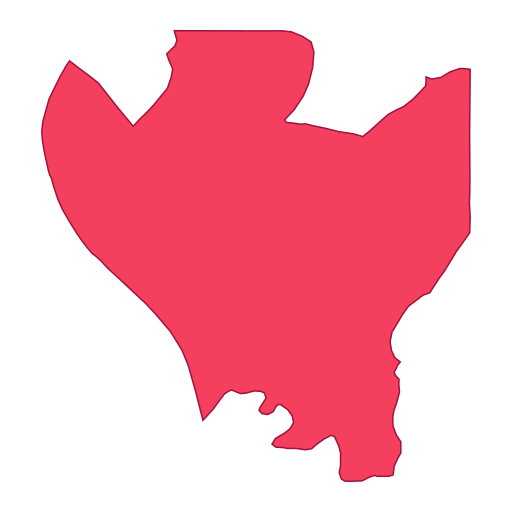 the district of Kracheh, Krâchéh, Cambodia
{"feature_id": "14789045B39299844966320", "entity_name": "Kracheh", "entity_type": "district", "adm_level": 2, "iso_a3": "KHM", "parent_name": "Cambodia", "parent_adm1": "Krâchéh", "projection": "mercator", "projection_center": [106.043, 12.483], "detail": "fine", "context": "isolated", "style": "filled", "palette": "rose", "viewbox_px": 512, "rotation_deg": 0, "n_neighbors": 0, "source": "geoboundaries", "source_scale": "gbopen_adm2", "svg_char_len": 2320}
<svg xmlns="http://www.w3.org/2000/svg" viewBox="0 0 512 512"><path d="M203.0,420.3L213.0,409.4L220.3,399.4L224.6,393.8L228.0,391.6L231.3,389.9L240.4,393.6L246.1,393.1L254.4,390.9L260.5,391.3L264.5,393.0L266.0,398.2L260.3,407.0L259.0,410.3L261.9,413.6L267.7,414.5L273.1,411.8L276.7,405.5L280.0,404.3L287.5,409.4L292.2,415.9L293.6,422.7L290.0,428.8L284.8,432.9L275.4,438.5L272.0,444.2L276.0,447.2L283.3,447.6L287.5,448.5L296.0,448.4L305.4,449.8L311.7,448.7L316.7,444.3L323.8,439.2L331.1,435.3L334.5,436.7L338.6,445.5L340.6,453.0L340.5,466.0L339.2,472.5L341.3,478.9L344.5,481.0L348.9,481.3L362.0,480.9L369.8,477.0L374.6,475.4L377.3,476.3L388.7,476.3L393.0,475.0L393.5,472.6L394.2,466.2L397.8,458.2L400.8,453.1L400.8,447.4L400.8,441.8L396.4,435.2L393.1,426.4L392.8,423.0L392.8,416.4L394.0,410.3L396.5,403.3L399.5,392.2L398.8,384.0L399.1,379.3L395.4,375.3L394.2,372.1L396.4,368.2L397.6,365.2L400.3,362.0L395.0,357.9L391.5,350.6L390.1,342.0L392.0,332.0L394.9,327.3L397.1,323.7L402.1,315.2L408.4,306.3L423.0,295.2L429.9,292.7L433.1,287.6L439.3,278.0L444.5,271.1L456.1,251.9L465.8,238.4L469.7,232.7L470.2,217.4L469.4,203.0L469.8,192.3L469.9,177.7L469.6,132.3L470.2,69.3L467.8,69.0L465.1,68.7L460.0,68.5L450.1,71.8L441.2,77.3L431.8,79.1L426.0,76.9L426.1,81.6L425.5,86.2L419.4,92.6L413.3,98.9L403.7,106.5L395.7,110.3L388.1,114.5L380.8,120.9L369.8,130.9L362.6,136.7L360.6,135.9L353.4,133.8L339.0,131.7L325.8,128.4L312.9,125.7L305.4,123.8L300.7,124.2L293.3,123.1L286.4,122.4L284.5,120.0L287.2,117.1L294.1,109.8L303.2,96.2L308.5,84.1L312.6,67.7L313.9,52.1L311.1,42.0L302.7,36.5L291.6,31.9L283.1,30.9L272.6,30.8L266.1,30.9L174.3,30.7L175.0,33.6L177.0,40.1L175.0,45.8L171.7,49.0L166.7,53.9L168.6,59.5L172.7,68.8L171.4,76.5L167.5,88.2L161.7,95.2L153.4,105.3L146.9,112.2L139.5,119.4L133.2,126.2L118.2,108.2L100.6,85.9L98.5,83.1L89.8,76.2L79.4,68.5L69.5,60.9L65.9,66.3L59.8,77.1L54.0,88.8L49.1,99.0L46.3,108.8L42.9,121.3L41.8,130.8L42.3,139.5L44.5,152.9L46.0,159.6L48.4,170.6L49.9,175.5L51.3,178.0L53.6,186.3L57.9,199.4L62.6,209.8L69.6,221.8L76.3,232.6L81.7,240.5L87.6,248.2L92.5,253.8L95.8,256.2L100.5,260.4L107.7,268.2L118.3,277.9L134.9,293.4L146.2,304.0L155.7,314.2L170.2,331.3L173.0,335.7L177.6,343.0L182.3,350.8L188.3,365.6L191.9,378.3L196.0,392.9L200.7,411.6L203.0,420.3Z" fill="#f43f5e" stroke="#9f1239" stroke-width="1.5"/></svg>